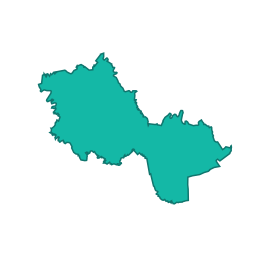 Chinampa de Gorostiza, Veracruz, Mexico, rotated 211°
{"feature_id": "50627088B51202553457733", "entity_name": "Chinampa de Gorostiza", "entity_type": "district", "adm_level": 2, "iso_a3": "MEX", "parent_name": "Mexico", "parent_adm1": "Veracruz", "projection": "robinson", "projection_center": [-97.667, 21.376], "detail": "fine", "context": "isolated", "style": "filled", "palette": "teal", "viewbox_px": 256, "rotation_deg": 211, "n_neighbors": 0, "source": "geoboundaries", "source_scale": "gbopen_adm2", "svg_char_len": 5867}
<svg xmlns="http://www.w3.org/2000/svg" viewBox="0 0 256 256"><g transform="rotate(211 128 128)"><path d="M203.7,153.4L202.6,153.1L203.0,154.0L202.2,152.7L202.2,151.9L203.9,149.5L204.1,146.7L204.4,145.6L205.1,145.0L206.1,144.8L209.0,144.6L211.1,145.1L212.0,144.9L218.5,139.1L218.0,138.7L218.4,138.3L218.7,138.1L219.4,138.4L220.1,137.6L218.6,137.0L218.6,136.7L220.4,137.2L220.9,134.4L222.3,134.7L221.9,132.0L224.7,133.1L226.0,131.7L224.5,131.1L224.5,129.6L227.9,131.3L227.5,130.5L228.4,129.2L225.0,121.7L227.1,119.3L225.2,117.5L223.0,116.4L222.5,116.0L222.2,114.6L221.7,114.3L220.8,114.5L220.4,115.9L219.5,117.5L216.9,118.2L213.4,120.2L212.5,119.6L212.0,117.9L212.2,110.4L211.9,109.6L210.9,109.1L210.3,109.3L208.9,111.4L208.2,111.4L208.0,111.8L208.2,113.2L207.3,113.8L206.3,113.6L206.3,113.1L207.1,111.9L206.9,110.3L205.8,109.5L203.6,112.0L202.4,112.2L201.8,111.7L201.4,109.7L203.7,107.6L204.0,106.9L203.7,105.8L202.7,106.4L201.6,106.5L200.8,107.2L200.6,108.0L200.0,107.8L199.5,106.5L199.8,105.5L199.8,103.9L200.1,103.3L199.8,102.8L199.3,103.1L198.8,102.2L198.3,102.5L198.2,103.5L197.7,103.5L197.7,103.0L197.3,102.9L195.7,103.0L195.9,104.0L195.7,104.5L193.9,103.8L194.1,102.5L192.3,102.6L191.8,102.1L191.1,98.2L193.0,98.3L192.5,95.8L193.0,95.5L192.9,94.8L192.0,93.1L192.1,91.3L193.1,88.5L193.9,88.1L192.9,87.4L191.8,84.9L192.6,83.9L191.8,83.8L190.0,84.7L189.5,84.5L189.9,83.8L189.7,83.2L188.6,83.0L188.1,84.9L186.5,85.1L186.2,84.9L187.0,84.2L185.9,83.6L185.4,82.5L185.6,82.2L184.4,81.0L184.4,81.9L183.7,82.8L183.4,84.5L182.6,84.7L182.2,84.5L181.8,81.8L181.3,81.2L180.7,81.4L179.4,80.7L178.9,81.1L178.5,82.5L177.2,84.1L176.8,83.9L176.3,83.0L175.6,83.2L175.1,82.9L175.1,82.4L173.8,82.3L173.0,84.2L171.0,85.2L169.7,85.2L166.3,83.1L166.0,81.9L162.0,79.2L159.5,78.9L156.9,79.8L156.5,78.5L155.2,79.0L154.3,77.8L151.9,76.4L148.2,77.8L146.8,78.9L147.4,80.6L147.9,81.0L148.2,82.3L149.3,84.0L151.6,84.9L151.0,86.0L149.9,86.4L149.4,85.3L148.8,85.1L147.9,87.0L148.3,88.7L147.6,89.5L146.7,89.8L145.1,89.4L144.5,90.5L142.6,89.3L141.4,89.2L140.8,88.7L140.0,89.1L138.9,89.0L139.4,87.9L138.9,87.6L139.0,86.7L138.7,86.6L138.3,86.6L137.3,87.5L136.9,88.8L136.3,89.1L136.3,89.8L136.0,89.9L135.4,88.9L135.0,89.1L134.9,89.6L133.4,89.9L132.5,89.3L131.8,89.8L131.3,88.9L130.4,88.8L130.4,88.4L130.9,87.9L131.5,87.8L131.5,87.4L131.5,86.4L130.5,86.6L130.7,85.5L129.5,86.2L127.4,86.3L126.1,89.2L124.7,88.1L124.6,88.6L123.9,88.8L123.1,88.2L121.6,90.1L119.0,90.5L118.7,91.9L118.2,92.1L118.3,91.3L117.4,91.0L116.0,91.9L115.9,93.5L115.4,94.1L115.8,94.6L116.9,93.9L117.4,94.8L118.0,95.3L117.9,97.1L118.3,97.5L118.5,98.3L117.7,99.6L116.4,100.2L116.4,101.2L116.9,101.6L116.8,103.2L115.9,102.3L115.4,102.5L114.5,104.4L114.6,104.8L113.9,104.7L113.5,105.4L112.7,108.3L112.7,110.0L112.3,109.7L112.1,110.7L112.7,110.9L112.5,111.3L113.1,111.5L113.0,112.0L112.2,111.7L111.9,112.2L112.2,112.7L111.6,112.8L111.6,112.4L110.8,111.7L106.1,110.2L105.4,112.6L102.8,111.8L102.6,112.8L101.2,111.9L100.5,112.8L100.1,112.5L100.1,111.8L98.2,112.2L98.0,111.0L97.6,110.9L96.2,111.6L85.6,99.4L85.0,100.4L76.2,91.4L75.4,91.4L72.8,89.1L72.0,88.7L69.7,88.9L69.4,87.8L69.9,86.3L69.7,85.9L67.4,86.2L67.0,85.0L66.1,85.3L64.8,85.0L64.1,84.2L61.7,83.9L60.5,84.3L59.9,85.6L59.5,85.7L59.2,85.2L57.6,84.8L57.3,85.3L56.4,85.5L56.3,85.8L55.8,85.7L55.2,85.0L54.8,85.2L53.8,86.9L53.8,86.2L52.6,86.0L52.9,86.7L52.5,87.5L52.1,87.0L50.8,86.8L50.4,86.4L49.1,87.0L48.0,89.4L46.4,90.0L46.0,90.7L43.3,92.5L43.2,93.0L40.9,95.5L39.0,97.0L45.0,106.6L47.6,110.1L51.4,116.7L48.1,120.3L42.6,125.0L39.7,129.2L36.9,132.2L36.3,133.8L36.6,134.3L33.8,138.6L29.6,142.3L34.2,144.4L35.6,145.3L35.7,145.8L35.1,147.4L32.3,147.1L27.6,158.6L28.0,159.0L27.8,161.1L28.1,162.2L28.6,162.7L29.5,164.9L30.4,165.9L30.6,165.2L29.9,164.4L29.8,163.7L34.4,162.3L34.9,160.1L35.8,158.2L44.0,162.2L45.2,161.4L47.1,161.4L47.6,161.7L50.8,164.4L50.7,165.2L52.6,166.4L53.3,167.2L53.4,168.1L54.9,169.1L56.6,171.6L57.3,171.8L58.5,170.2L59.8,171.2L60.9,170.5L63.7,170.9L64.8,170.1L65.4,171.0L67.3,171.6L69.2,172.7L70.4,170.3L70.5,169.1L69.1,167.1L69.6,166.2L71.0,165.5L73.1,163.7L77.3,162.8L78.0,162.7L79.9,163.8L81.5,164.0L82.4,163.2L81.7,161.5L81.1,160.8L81.7,160.3L83.9,160.4L85.9,161.7L86.6,162.8L88.5,168.2L88.6,169.4L90.1,170.9L90.5,170.9L91.6,170.2L91.7,169.7L91.4,167.1L90.8,165.2L90.9,163.6L91.3,163.2L92.2,163.3L94.0,164.2L95.2,163.7L96.1,161.3L95.7,159.6L96.2,158.4L96.9,158.2L97.9,159.2L97.7,161.0L97.9,161.7L98.9,162.3L99.9,162.0L100.2,159.9L101.7,156.2L101.8,153.1L101.6,152.5L101.7,151.9L101.2,151.7L101.1,149.4L100.7,147.3L104.6,145.8L105.2,146.5L106.4,145.0L112.2,142.4L112.0,140.7L113.6,142.4L114.0,143.8L116.4,146.1L118.8,146.5L120.7,145.4L121.1,145.9L121.1,146.7L122.4,147.1L123.5,148.0L124.0,147.9L123.5,147.4L123.7,147.1L124.7,147.1L125.3,147.8L125.1,148.8L125.4,149.2L126.4,149.0L127.5,149.4L128.1,148.8L129.0,148.8L128.7,149.6L129.0,150.1L130.2,150.2L130.7,149.9L131.1,150.2L130.9,151.4L132.9,152.3L133.7,154.1L134.2,154.1L134.2,153.3L135.0,153.5L135.6,156.4L136.2,156.0L136.0,155.3L136.2,155.1L136.9,155.2L138.8,159.3L140.1,161.0L140.3,161.5L139.4,164.0L140.1,164.1L143.0,162.4L143.1,160.7L143.5,160.3L144.1,160.0L145.8,160.6L146.5,160.4L148.9,157.8L150.1,157.5L152.9,159.5L155.8,160.1L157.8,161.7L159.4,161.8L161.2,163.4L164.1,165.2L167.2,165.1L167.5,165.5L167.6,166.3L165.9,168.6L165.8,169.6L166.5,169.8L168.1,168.7L169.6,168.8L170.4,169.9L170.5,172.7L170.7,172.9L172.3,172.1L173.1,172.9L174.8,173.7L174.8,174.4L180.4,174.5L180.1,176.0L180.5,176.6L181.8,177.2L182.3,177.0L183.4,174.0L184.6,174.2L185.1,174.5L185.5,176.5L187.4,179.6L189.5,177.1L189.3,176.9L190.2,169.0L187.8,168.6L188.4,164.3L189.4,164.6L189.6,164.3L188.7,163.2L189.5,162.4L189.4,161.8L188.2,159.8L191.1,157.6L196.7,158.3L197.0,157.9L196.7,156.8L197.5,158.0L198.2,158.3L200.9,158.2L203.0,155.5L203.3,154.5L203.7,154.9L203.7,153.4Z" fill="#14b8a6" stroke="#0f766e" stroke-width="1.5"/></g></svg>